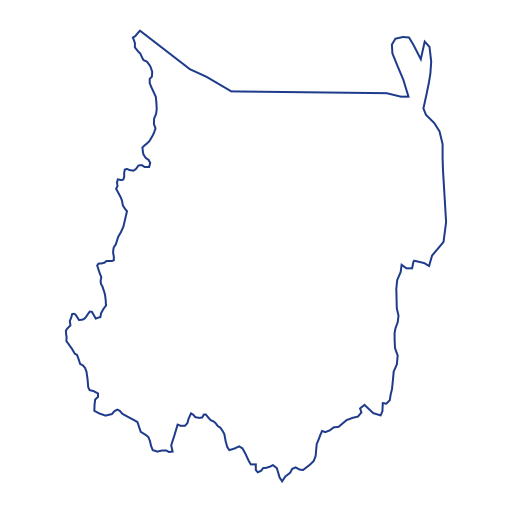 outline of Kecil Lojing, Kelantan, Malaysia
{"feature_id": "92858781B76636493709189", "entity_name": "Kecil Lojing", "entity_type": "district", "adm_level": 2, "iso_a3": "MYS", "parent_name": "Malaysia", "parent_adm1": "Kelantan", "projection": "equal_earth", "projection_center": [101.527, 4.769], "detail": "fine", "context": "isolated", "style": "outline", "palette": "blue", "viewbox_px": 512, "rotation_deg": 0, "n_neighbors": 0, "source": "geoboundaries", "source_scale": "gbopen_adm2", "svg_char_len": 3457}
<svg xmlns="http://www.w3.org/2000/svg" viewBox="0 0 512 512"><path d="M132.9,37.5L134.9,42.9L134.9,47.4L138.5,51.9L140.2,53.4L142.1,57.5L143.5,60.1L146.9,61.6L150.0,65.8L150.8,67.6L152.2,71.8L151.9,76.6L149.7,78.9L149.7,83.0L151.3,87.1L153.6,92.0L155.8,96.9L156.4,102.9L156.7,109.3L156.1,113.8L154.1,118.6L153.9,123.9L155.5,128.4L154.1,132.5L152.7,135.5L149.4,141.1L146.3,144.1L145.5,144.5L142.4,147.5L143.0,152.4L143.5,154.6L145.8,158.0L148.6,159.9L150.2,162.9L149.1,167.0L144.6,167.0L141.8,165.1L138.5,165.5L136.0,168.9L133.5,170.7L129.3,170.0L127.0,168.9L124.8,169.6L124.2,172.6L124.2,176.7L123.4,179.4L121.7,180.1L117.8,179.4L117.0,182.4L117.5,186.1L116.1,188.7L120.9,197.7L122.0,200.7L122.9,205.6L125.4,209.4L127.0,211.2L123.4,226.6L120.9,232.2L118.4,236.4L117.0,240.5L115.8,244.4L113.8,247.3L113.3,249.7L113.1,252.8L113.8,256.4L113.8,260.3L111.9,261.0L108.6,261.0L106.5,261.0L104.4,262.7L101.9,263.4L98.5,263.6L97.2,265.5L98.3,268.9L99.2,271.8L100.1,274.2L101.3,277.1L100.6,281.1L101.0,284.0L102.4,286.4L104.4,292.4L105.1,295.3L105.8,301.1L105.8,303.5L106.1,305.4L103.6,308.7L101.1,313.1L100.4,317.1L98.3,317.6L95.8,318.6L94.2,315.9L92.0,311.9L89.7,311.6L88.1,313.8L85.9,317.1L84.5,318.6L82.9,319.5L81.5,319.8L79.0,320.0L76.6,316.2L75.4,314.5L74.0,313.8L72.2,314.0L71.1,317.9L69.8,321.0L70.2,323.6L70.4,325.5L68.6,327.2L67.0,328.9L65.9,330.6L66.1,334.2L66.6,336.6L66.4,341.1L72.0,348.9L74.8,353.7L77.0,354.9L78.7,359.4L80.1,363.9L82.9,365.4L85.1,368.0L86.5,371.7L87.6,379.6L88.2,387.1L89.6,390.1L93.8,391.2L98.0,393.5L98.0,396.9L95.2,399.5L94.6,404.0L94.3,410.8L96.6,412.0L99.1,413.4L105.5,415.6L111.9,414.1L114.5,411.1L117.3,409.6L119.8,410.8L122.3,413.8L128.4,417.1L133.5,419.8L137.4,422.0L140.7,431.8L146.0,435.1L148.3,437.0L149.9,440.8L151.1,446.0L152.7,450.1L157.2,451.6L162.2,450.5L166.4,450.5L168.9,452.0L172.6,451.6L171.2,445.3L174.5,435.1L176.5,428.4L177.6,424.6L180.7,425.8L184.9,425.8L187.4,423.1L188.5,419.0L191.0,413.4L193.5,414.9L195.2,417.1L199.1,417.9L202.2,417.5L203.9,414.5L205.8,414.5L209.2,418.6L210.6,420.1L213.9,421.6L215.9,423.5L217.8,426.1L220.3,427.6L222.6,431.0L224.3,434.0L225.7,441.5L227.3,447.1L229.3,450.1L234.3,448.6L239.1,446.4L242.4,448.3L244.7,452.4L245.5,453.9L248.6,460.6L250.8,464.4L255.8,464.4L255.8,470.0L257.8,472.3L261.1,470.8L263.1,468.1L266.4,467.8L270.1,466.6L272.9,465.1L276.8,468.1L278.2,472.7L279.6,477.5L282.1,481.3L285.4,476.4L290.2,472.7L292.1,468.9L295.5,467.4L299.7,469.6L303.0,470.0L309.8,464.8L313.7,461.0L315.6,456.1L316.7,444.1L318.7,439.3L320.4,434.8L322.0,431.0L325.4,432.1L329.9,430.3L333.8,427.3L338.5,426.9L346.6,420.1L352.7,417.8L357.9,416.6L361.4,412.5L360.1,408.4L364.5,404.9L373.2,413.1L380.6,415.4L382.4,411.3L382.8,403.1L386.3,403.7L389.8,400.2L390.7,394.3L392.0,389.1L392.9,380.3L393.7,371.5L396.8,364.5L397.7,355.7L395.0,348.0L394.6,339.8L394.6,332.8L395.5,328.1L397.7,322.3L398.5,315.8L396.8,308.2L396.3,288.9L397.2,280.1L400.7,271.9L401.6,264.8L406.4,268.3L412.1,268.3L413.4,261.9L414.2,260.7L424.3,263.1L429.1,266.0L430.1,262.3L432.1,255.5L443.5,242.0L446.1,222.1L443.0,170.5L442.6,158.8L442.6,144.1L439.5,131.3L434.3,123.1L426.0,114.9L423.4,108.4L426.4,94.9L429.0,82.1L430.4,73.3L431.2,61.6L429.5,46.9L424.7,41.6L420.8,59.2L413.3,44.6L409.0,37.5L402.9,37.0L395.4,38.7L391.9,44.6L392.4,53.4L397.6,66.2L403.3,79.7L408.5,96.7L401.1,96.7L386.7,93.2L231.3,91.4L206.5,76.8L189.9,69.2L140.0,30.7L137.7,33.2L135.2,36.2L132.9,37.5Z" fill="none" stroke="#1e3a8a" stroke-width="2"/></svg>